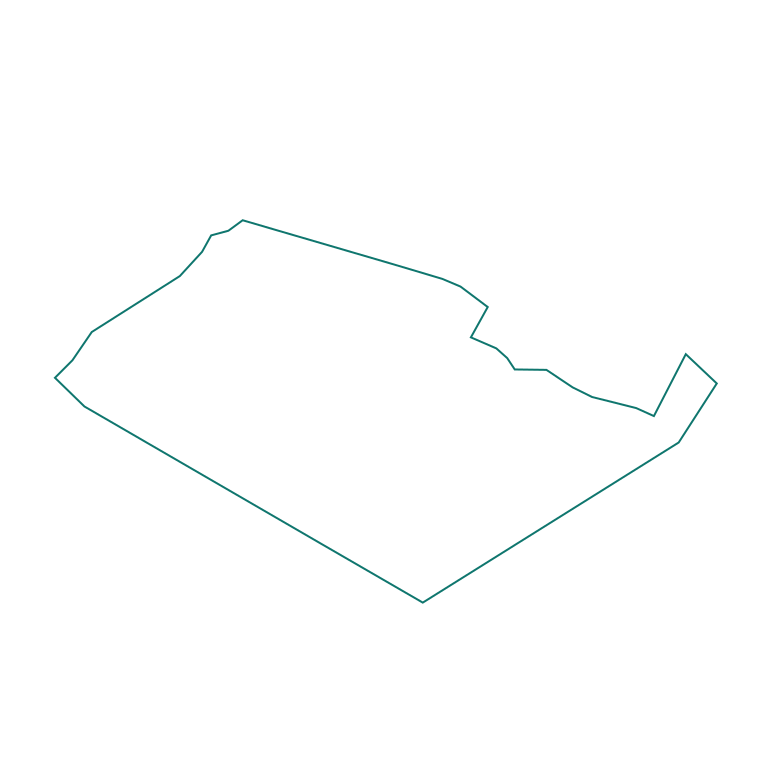 Pilões, Rio Grande do Norte, Brazil, rotated 209°
{"feature_id": "56859067B62972764518886", "entity_name": "Pilões", "entity_type": "district", "adm_level": 2, "iso_a3": "BRA", "parent_name": "Brazil", "parent_adm1": "Rio Grande do Norte", "projection": "mercator", "projection_center": [-38.028, -6.293], "detail": "fine", "context": "isolated", "style": "outline", "palette": "teal", "viewbox_px": 768, "rotation_deg": 209, "n_neighbors": 0, "source": "geoboundaries", "source_scale": "gbopen_adm2", "svg_char_len": 512}
<svg xmlns="http://www.w3.org/2000/svg" viewBox="0 0 768 768"><g transform="rotate(209 384 384)"><path d="M674.8,229.9L635.1,219.1L362.4,213.8L244.1,211.6L97.9,475.7L93.2,545.8L134.5,556.4L132.4,486.8L151.8,485.2L195.7,473.5L217.3,472.5L248.8,475.1L276.7,460.1L288.8,466.4L303.0,469.6L330.6,466.9L330.6,501.6L364.3,506.3L384.0,504.2L435.3,492.9L554.1,466.1L587.0,458.7L594.4,442.6L607.2,430.2L607.2,411.4L614.9,379.4L664.8,287.8L668.0,253.7L674.8,229.9Z" fill="none" stroke="#0f766e" stroke-width="2"/></g></svg>